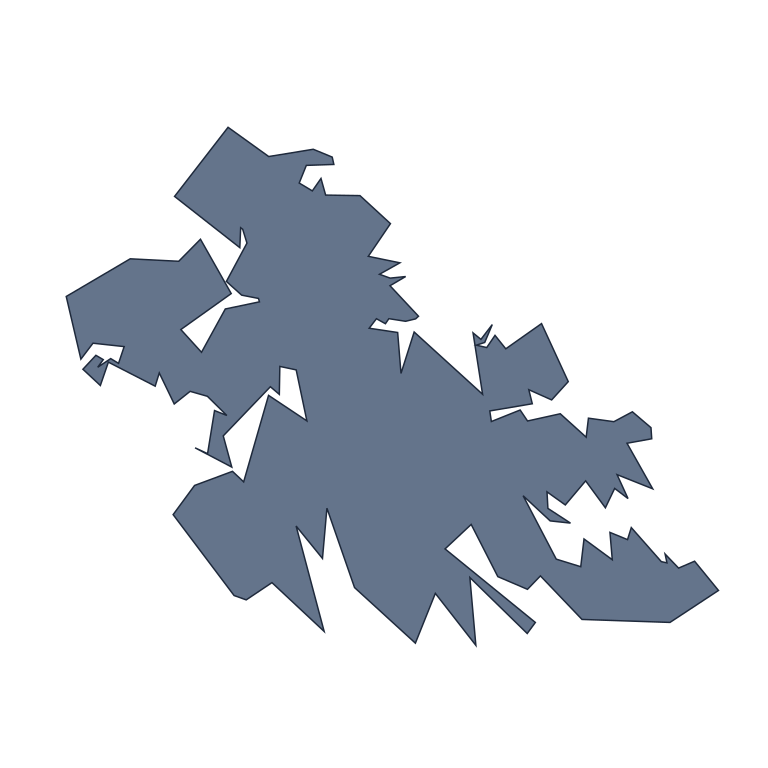 Vestvågøy nor, Nordland, Norway (Albers equal-area conic projection), rotated 262°
{"feature_id": "86288312B23095338426398", "entity_name": "Vestvågøy nor", "entity_type": "district", "adm_level": 2, "iso_a3": "NOR", "parent_name": "Norway", "parent_adm1": "Nordland", "projection": "albers", "projection_center": [13.78, 68.202], "detail": "medium", "context": "isolated", "style": "filled", "palette": "slate", "viewbox_px": 768, "rotation_deg": 262, "n_neighbors": 0, "source": "geoboundaries", "source_scale": "gbopen_adm2", "svg_char_len": 1968}
<svg xmlns="http://www.w3.org/2000/svg" viewBox="0 0 768 768"><g transform="rotate(262 384 384)"><path d="M165.3,666.9L160.7,650.1L176.5,638.7L167.5,639.3L169.5,633.9L207.4,608.9L196.0,603.5L205.6,587.1L178.2,585.6L202.7,560.5L175.7,553.4L186.6,530.2L254.0,506.2L225.3,529.5L220.3,549.3L238.0,529.0L254.5,530.4L239.0,546.7L260.0,570.2L230.6,586.0L248.5,597.9L236.6,609.7L261.8,602.2L242.8,635.5L291.5,616.4L292.5,641.5L303.6,642.3L321.9,626.1L314.7,606.4L321.7,581.7L303.2,576.8L330.0,554.4L327.4,521.0L339.3,515.2L331.9,485.1L342.6,485.0L343.8,528.1L358.2,526.6L344.9,547.8L360.7,566.8L421.9,548.4L401.9,509.5L416.7,500.7L405.8,490.8L409.6,480.8L411.1,489.5L427.8,499.5L414.7,486.2L422.2,479.3L360.1,480.2L431.3,421.1L392.1,402.3L433.1,404.7L441.3,377.1L449.7,385.6L443.5,393.8L448.0,397.9L443.1,414.1L444.1,424.4L446.3,427.6L480.5,403.6L487.4,420.4L488.0,404.8L493.3,394.8L501.8,416.6L512.6,386.2L541.9,412.7L573.9,386.4L579.2,352.5L596.3,350.2L585.2,339.9L594.8,328.0L611.3,337.5L608.4,364.9L615.9,364.3L626.3,346.6L625.3,301.5L659.9,265.3L598.9,202.7L539.1,260.2L558.7,263.8L556.9,265.6L542.6,267.9L507.5,242.2L491.8,255.4L486.2,271.6L482.7,272.1L480.4,237.3L440.8,207.7L466.2,190.4L494.8,245.3L552.9,222.4L534.1,197.8L543.3,150.1L514.9,81.5L450.8,87.3L464.9,101.5L457.2,131.9L441.4,124.0L447.2,116.9L440.4,102.8L447.2,109.4L452.5,102.7L440.5,87.9L422.0,102.9L444.0,114.1L413.7,157.1L426.2,163.0L393.4,173.5L403.7,191.0L396.4,207.4L374.7,224.0L381.3,212.5L339.6,199.6L347.1,188.0L322.9,221.7L355.0,217.6L397.1,271.1L388.3,278.9L415.9,283.3L410.2,299.0L358.2,302.5L388.8,268.1L306.6,231.4L318.6,221.8L309.9,182.3L284.0,157.0L195.4,206.1L189.4,217.5L202.9,245.4L147.3,290.3L255.6,277.2L219.8,298.8L269.0,310.2L186.5,326.5L123.0,379.0L169.5,405.7L112.4,438.6L180.4,442.1L117.0,491.1L126.8,500.7L212.2,421.5L232.8,450.8L177.4,469.9L160.7,497.5L172.2,512.2L123.3,547.3L108.1,634.0L133.0,686.5L165.3,666.9Z" fill="#64748b" stroke="#1e293b" stroke-width="1.5"/></g></svg>